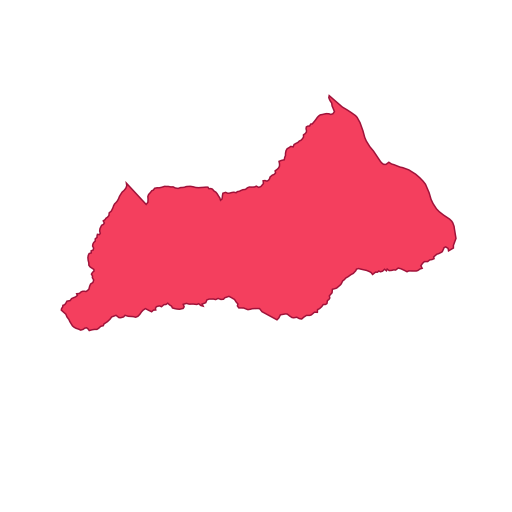 Darcinópolis, Tocantins, Brazil, rotated 310°
{"feature_id": "56859067B19460025923615", "entity_name": "Darcinópolis", "entity_type": "district", "adm_level": 2, "iso_a3": "BRA", "parent_name": "Brazil", "parent_adm1": "Tocantins", "projection": "natural_earth1", "projection_center": [-47.805, -6.773], "detail": "fine", "context": "isolated", "style": "filled", "palette": "rose", "viewbox_px": 512, "rotation_deg": 310, "n_neighbors": 0, "source": "geoboundaries", "source_scale": "gbopen_adm2", "svg_char_len": 5257}
<svg xmlns="http://www.w3.org/2000/svg" viewBox="0 0 512 512"><g transform="rotate(310 256 256)"><path d="M146.8,128.2L144.8,130.2L143.3,132.3L141.5,133.9L141.0,135.9L141.2,137.8L141.5,140.4L140.3,141.6L138.5,141.3L136.3,141.6L135.6,143.6L134.2,144.6L133.3,147.1L130.9,148.1L128.2,147.3L125.9,148.0L123.2,149.3L121.2,149.1L119.5,148.6L118.6,147.0L117.3,145.7L115.7,145.0L113.8,144.8L111.8,142.9L111.0,144.5L108.7,144.1L106.9,143.1L104.8,142.1L102.4,142.3L99.9,140.2L97.4,140.7L95.6,140.7L94.1,139.8L92.6,140.7L90.9,140.8L89.4,141.6L89.3,144.2L89.2,147.7L87.8,150.4L87.1,153.5L86.1,155.5L84.5,160.3L84.5,162.4L84.9,164.5L86.0,167.3L86.5,169.3L88.6,170.7L90.6,171.2L92.1,172.3L92.2,174.2L91.7,176.2L93.9,177.7L95.8,179.3L97.5,181.3L99.4,181.9L102.4,182.3L104.4,183.8L106.3,183.2L108.2,183.8L110.2,184.4L113.8,184.8L116.5,184.6L120.6,186.9L120.7,190.6L121.7,192.0L124.2,193.7L126.4,193.8L127.7,196.9L129.4,199.2L130.7,201.0L131.8,203.2L133.9,204.3L136.5,204.5L139.5,204.2L141.8,204.3L144.6,205.1L145.5,209.1L146.2,211.9L148.6,212.2L150.2,213.9L151.4,212.5L153.2,212.3L155.7,214.0L156.4,216.2L159.5,216.7L161.0,218.2L163.1,218.7L163.0,221.4L163.3,223.5L162.5,225.4L163.5,227.6L164.5,229.4L166.1,231.7L169.0,233.9L170.9,233.6L172.2,231.3L175.0,233.2L176.2,235.8L178.8,238.7L180.8,241.8L182.6,242.7L182.6,245.5L183.6,247.7L184.5,245.6L187.9,247.5L190.8,246.6L192.9,247.8L195.7,251.1L196.7,253.1L199.1,254.2L200.2,257.1L202.0,258.9L203.9,258.9L207.7,261.2L208.3,263.9L208.9,267.5L208.0,270.4L207.6,273.0L205.8,273.8L205.2,276.2L208.2,279.9L209.7,284.3L211.7,286.0L213.1,286.9L214.9,288.8L216.7,290.9L218.0,292.5L217.2,296.4L220.6,313.1L223.1,313.3L226.6,312.5L230.6,315.8L231.6,317.3L231.7,320.5L232.0,323.1L232.9,324.6L235.3,326.6L235.9,329.5L237.1,331.5L239.8,331.9L242.9,332.8L245.0,335.3L246.4,336.2L250.5,336.9L252.3,339.2L254.5,337.6L256.5,338.5L259.5,338.9L262.0,338.7L263.6,340.4L265.2,340.9L267.7,339.4L269.7,339.8L271.3,339.5L272.6,337.8L276.7,337.9L279.6,335.9L281.7,337.4L283.3,338.4L286.2,338.9L288.0,339.2L289.5,339.2L292.6,338.4L294.8,338.9L296.8,338.9L299.5,339.9L302.8,340.7L305.2,341.7L308.9,341.9L310.5,341.4L312.3,342.6L313.5,345.1L316.0,349.9L317.0,353.0L317.3,354.8L316.8,357.2L320.4,357.9L321.7,359.5L323.4,359.7L323.9,361.5L325.7,362.7L328.5,363.0L328.5,365.4L330.3,364.9L330.4,367.4L332.2,369.2L334.0,370.5L335.0,372.0L338.2,372.7L339.4,375.3L340.5,379.4L341.0,381.8L342.8,382.6L345.9,386.5L347.5,388.4L348.9,389.3L351.5,390.0L353.4,391.2L354.5,388.6L357.4,388.3L359.9,388.6L362.1,391.1L364.7,391.6L366.4,393.1L368.4,394.1L369.5,392.7L372.0,393.1L373.7,393.4L375.2,394.4L377.5,395.4L379.0,395.9L381.4,395.3L383.2,394.7L384.9,395.4L385.3,398.3L383.7,400.2L389.0,402.1L391.0,400.4L398.0,397.9L404.8,390.0L406.0,388.7L407.9,385.4L408.5,383.5L408.7,380.4L407.9,373.4L407.7,367.8L408.1,364.0L410.0,357.8L411.9,353.7L415.7,348.0L419.9,339.7L420.7,335.9L421.2,331.3L421.3,325.7L420.2,317.7L418.0,311.6L416.7,309.2L414.6,302.9L413.6,300.7L413.2,297.5L409.7,296.7L408.2,294.8L408.1,292.2L408.5,290.2L411.9,278.5L412.9,272.9L415.0,266.5L416.7,263.1L420.6,257.5L425.0,250.0L427.2,244.3L427.5,242.1L427.1,236.9L426.5,231.9L425.6,226.4L425.9,209.0L424.1,210.0L423.1,211.8L422.4,213.5L421.8,215.7L419.9,217.8L418.4,220.7L417.0,223.3L414.4,223.5L412.5,222.3L411.8,220.4L410.3,218.4L408.7,217.1L407.2,216.0L405.4,214.5L403.4,214.0L401.5,213.9L399.3,214.1L397.0,214.2L395.1,214.2L393.4,214.2L392.2,213.1L390.1,213.5L388.6,212.1L387.2,211.6L385.6,212.6L384.6,214.0L383.2,215.0L381.3,215.0L379.3,214.5L377.6,216.0L375.3,216.2L373.6,216.1L372.0,215.3L369.9,215.1L368.1,214.3L365.9,213.5L363.5,214.3L362.3,212.2L360.3,211.7L358.2,210.9L356.0,211.3L353.6,212.6L351.9,214.0L350.0,214.6L347.9,215.8L345.5,214.0L343.3,212.8L341.6,214.9L339.8,216.3L337.7,216.7L335.9,216.5L333.5,215.9L332.2,217.6L330.3,217.5L328.4,216.5L325.6,216.0L323.7,216.8L322.0,216.9L320.4,216.3L319.6,214.4L318.2,213.1L316.3,215.1L314.1,215.1L312.4,215.1L310.3,214.0L309.7,211.3L307.9,210.5L306.0,208.4L304.6,206.6L302.8,205.6L300.2,205.1L298.3,203.3L296.6,202.4L294.8,201.6L293.3,200.3L291.7,200.1L290.6,198.0L289.0,196.6L287.1,195.3L285.9,194.1L285.2,191.8L282.8,190.3L280.8,191.4L279.2,192.5L277.8,193.3L275.9,193.0L277.2,191.0L277.8,188.9L278.7,186.3L279.1,184.3L278.8,182.0L279.2,179.6L278.6,178.0L277.3,176.7L277.8,174.9L276.7,173.5L274.7,171.5L273.1,169.8L271.4,168.1L269.7,165.7L268.7,163.5L267.3,161.1L265.8,159.4L264.3,157.9L262.7,157.0L261.5,155.9L259.9,154.2L257.7,152.9L256.2,150.4L255.7,148.1L254.2,146.4L252.9,144.1L251.8,142.8L250.6,141.2L248.2,139.7L246.1,138.1L244.7,136.4L242.7,134.8L240.5,135.0L239.0,134.2L236.7,134.3L234.1,134.2L232.1,134.9L230.0,136.9L227.6,138.7L224.9,138.7L228.5,109.9L226.8,111.8L224.3,112.7L221.4,112.8L218.9,112.4L216.5,112.7L213.9,113.1L211.5,113.9L208.9,114.4L206.8,114.4L205.0,114.2L203.0,114.6L201.3,115.3L199.4,115.8L197.3,116.3L194.7,115.8L192.5,117.3L190.2,117.3L188.6,116.8L186.8,117.0L184.7,116.4L183.8,118.6L182.1,118.8L180.3,118.0L178.6,118.4L176.7,118.9L174.6,120.2L173.3,122.1L171.7,122.3L170.7,120.6L169.2,121.3L168.0,122.3L165.9,121.8L163.9,123.3L162.1,123.0L160.3,123.4L158.6,124.4L157.7,126.5L155.9,127.4L154.0,126.4L152.5,127.8L150.6,126.6L148.7,127.1L146.8,128.2Z" fill="#f43f5e" stroke="#9f1239" stroke-width="1.5"/></g></svg>